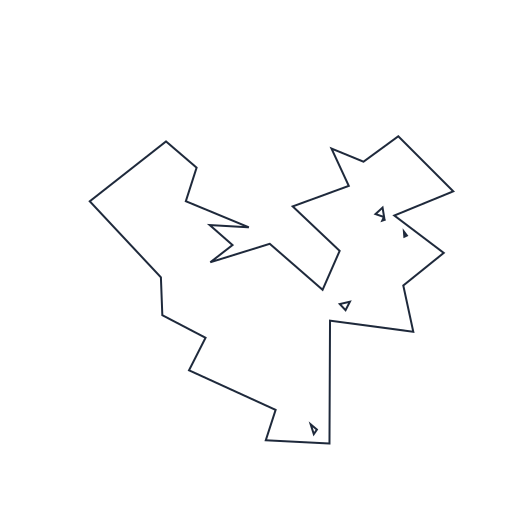 the Administrative State of Oromiya, rotated 113°
{"feature_id": "ETH-3131", "entity_name": "Oromiya", "entity_type": "Administrative State", "adm_level": 1, "iso_a3": "ETH", "parent_name": "Ethiopia", "parent_adm1": "", "projection": "equal_earth", "projection_center": [38.367, 6.948], "detail": "coarse", "context": "isolated", "style": "outline", "palette": "slate", "viewbox_px": 512, "rotation_deg": 113, "n_neighbors": 0, "source": "natural_earth", "source_scale": "10m", "svg_char_len": 766}
<svg xmlns="http://www.w3.org/2000/svg" viewBox="0 0 512 512"><g transform="rotate(113 256 256)"><path d="M90.2,171.8L119.4,99.7L164.7,144.5L179.8,84.4L225.6,108.9L264.3,81.6L286.6,162.6L399.9,115.1L421.8,175.0L390.0,177.8L387.4,273.0L351.0,270.5L347.1,319.1L312.8,335.2L270.6,430.4L185.7,383.6L197.9,345.2L233.0,342.0L232.4,273.8L245.6,310.7L255.1,281.9L279.6,295.6L239.4,248.1L261.1,181.5L218.6,181.0L196.0,241.6L155.2,198.0L127.6,228.5L127.2,193.9L90.2,171.8ZM270.9,152.4L261.4,151.7L267.5,160.1L270.9,152.4ZM170.1,153.3L162.0,158.4L170.7,162.4L170.1,153.3ZM389.6,139.9L397.4,133.2L392.0,132.1L389.6,139.9ZM175.7,129.4L180.3,127.0L178.2,125.1L175.7,129.4ZM170.5,153.5L174.1,153.6L172.4,151.7L170.5,153.5Z" fill="none" stroke="#1e293b" stroke-width="2"/></g></svg>